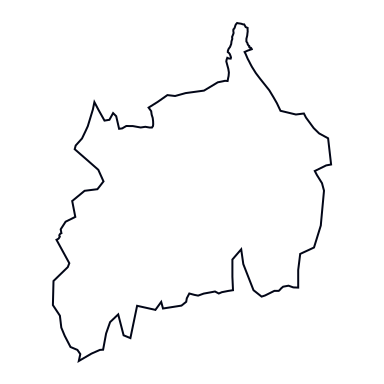 Gombi, Adamawa, Nigeria (Equal Earth projection)
{"feature_id": "59680162B13073760931893", "entity_name": "Gombi", "entity_type": "district", "adm_level": 2, "iso_a3": "NGA", "parent_name": "Nigeria", "parent_adm1": "Adamawa", "projection": "equal_earth", "projection_center": [12.487, 10.209], "detail": "fine", "context": "isolated", "style": "outline", "palette": "ink", "viewbox_px": 384, "rotation_deg": 0, "n_neighbors": 0, "source": "geoboundaries", "source_scale": "gbopen_adm2", "svg_char_len": 2466}
<svg xmlns="http://www.w3.org/2000/svg" viewBox="0 0 384 384"><path d="M94.4,102.1L92.9,109.4L87.8,126.2L85.5,131.2L82.0,138.5L75.7,145.5L74.7,149.2L91.0,163.4L98.3,169.8L103.5,181.4L99.4,186.7L97.4,189.2L84.6,190.8L72.2,201.0L75.3,216.9L65.6,221.7L60.7,229.3L61.4,233.2L60.4,233.6L59.5,234.8L59.3,235.8L59.8,236.7L58.7,238.5L57.7,239.2L56.5,239.8L69.3,263.2L67.8,267.1L53.5,281.0L52.9,305.1L59.9,315.7L61.3,327.6L64.7,335.8L70.5,347.0L77.4,349.9L80.3,354.1L78.8,361.0L91.5,353.6L99.9,349.9L103.1,349.7L106.1,333.5L110.1,322.1L118.2,314.4L123.6,335.3L130.4,338.1L137.1,305.8L154.7,309.7L155.4,309.9L161.2,301.9L163.0,308.5L181.5,305.6L186.2,301.8L186.8,298.3L189.3,293.5L194.5,294.9L198.1,295.6L203.7,293.6L210.8,292.3L215.0,291.5L218.8,293.5L221.8,292.2L228.4,290.9L233.0,290.2L232.4,276.7L232.4,259.5L241.2,249.3L243.3,264.1L253.5,290.2L261.6,296.6L265.0,295.5L274.3,290.9L278.7,290.9L280.2,289.5L281.0,288.5L283.1,286.7L288.5,285.7L293.3,287.4L298.2,287.6L298.2,270.0L300.2,253.9L308.9,249.9L314.0,247.5L318.3,233.6L320.8,225.5L321.0,223.1L321.7,215.5L324.0,190.7L322.0,183.2L316.9,175.0L314.8,171.0L326.2,165.4L331.1,164.5L328.1,138.3L319.1,133.4L313.7,128.1L306.0,117.6L303.9,113.5L295.9,114.5L280.5,110.8L276.9,103.2L273.4,97.1L269.3,90.3L260.0,78.6L255.9,73.2L252.9,68.4L251.9,66.8L250.2,63.6L249.1,61.4L247.7,58.8L245.7,54.1L244.6,52.0L245.4,51.6L246.2,51.3L247.7,50.6L251.8,49.2L251.7,48.9L251.4,48.5L251.1,48.0L250.8,47.8L250.3,47.8L249.7,47.6L249.4,47.3L249.2,46.9L249.4,46.4L249.2,45.9L248.5,45.5L247.7,44.3L247.5,43.2L246.4,41.5L246.4,38.8L247.2,35.6L247.5,32.8L247.7,31.6L247.6,30.0L247.6,27.9L245.7,27.1L244.2,24.4L243.1,24.4L241.1,23.7L239.7,23.5L238.3,23.3L237.1,23.0L235.8,24.5L235.3,25.7L234.9,27.1L234.3,28.5L233.4,29.4L233.3,31.0L233.6,33.0L233.1,34.5L232.1,36.9L232.3,38.9L231.5,41.3L231.2,44.0L230.0,47.0L228.7,48.7L227.9,50.7L227.8,52.1L228.9,52.9L229.8,54.1L230.5,55.9L231.0,57.4L230.7,58.6L228.8,58.5L227.3,57.8L226.6,59.7L226.3,61.5L226.7,62.9L227.5,65.9L228.3,68.8L228.9,72.5L228.6,76.0L228.1,78.3L227.6,81.0L225.0,80.8L222.8,81.3L217.8,82.3L204.0,90.6L185.6,93.1L175.1,96.0L167.4,95.1L157.7,101.9L148.6,107.6L151.2,111.2L151.4,112.9L151.7,114.8L152.7,117.9L153.1,121.2L153.2,124.2L153.0,126.0L152.0,127.5L149.4,127.5L145.3,126.8L140.7,127.5L133.0,126.1L126.3,126.0L123.7,127.5L122.2,128.4L119.1,128.8L116.2,116.2L113.1,113.1L109.4,119.8L104.5,120.6L98.4,109.7L94.4,102.1L94.4,102.1Z" fill="none" stroke="#020617" stroke-width="2"/></svg>